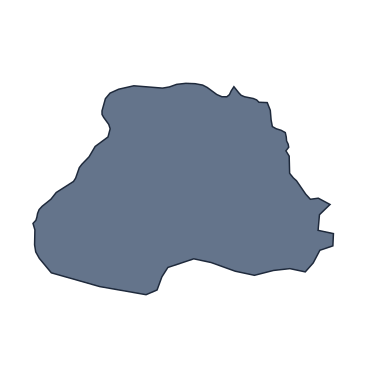 the District of Kiryandongo, rotated 282°
{"feature_id": "UGA-5609", "entity_name": "Kiryandongo", "entity_type": "District", "adm_level": 1, "iso_a3": "UGA", "parent_name": "Uganda", "parent_adm1": "", "projection": "robinson", "projection_center": [32.118, 2.003], "detail": "fine", "context": "isolated", "style": "filled", "palette": "slate", "viewbox_px": 384, "rotation_deg": 282, "n_neighbors": 0, "source": "natural_earth", "source_scale": "10m", "svg_char_len": 1205}
<svg xmlns="http://www.w3.org/2000/svg" viewBox="0 0 384 384"><g transform="rotate(282 192 192)"><path d="M297.0,163.3L298.6,172.5L298.8,180.2L297.4,185.2L292.5,196.0L291.4,201.4L292.4,206.3L295.1,208.4L299.0,209.3L303.7,211.1L298.7,217.2L296.8,220.0L296.1,223.6L296.2,232.6L295.5,236.1L293.7,238.8L295.1,247.0L288.2,251.6L278.9,254.4L272.7,257.0L271.4,261.1L270.9,266.3L269.5,270.9L265.3,272.8L261.6,273.9L258.8,276.1L255.9,277.3L251.8,275.3L247.3,279.6L230.6,283.6L226.9,288.1L224.7,291.9L213.5,303.7L209.5,309.3L212.2,316.8L208.5,329.6L196.3,321.4L180.7,323.3L180.7,339.0L168.6,341.0L161.6,329.2L147.8,325.3L137.4,319.4L137.4,303.7L132.2,288.0L123.5,270.4L123.5,250.8L127.0,225.3L127.0,207.6L120.1,195.9L113.2,184.1L102.8,180.2L88.9,178.2L82.0,168.4L80.3,121.4L83.7,71.2L95.3,56.5L100.9,51.6L107.6,49.0L122.3,46.2L128.2,43.0L131.9,45.2L135.3,45.5L138.9,45.4L143.0,46.1L146.9,48.4L155.6,55.5L163.3,59.3L177.7,73.9L181.4,75.3L192.4,76.7L196.2,78.5L205.0,84.0L216.4,87.8L228.4,98.4L236.8,98.8L240.8,96.5L246.6,90.1L249.1,87.9L252.6,87.1L265.3,87.9L265.7,88.1L271.7,91.3L277.3,98.9L283.8,113.0L287.5,141.6L290.1,148.1L294.1,154.6L297.0,163.3Z" fill="#64748b" stroke="#1e293b" stroke-width="1.5"/></g></svg>